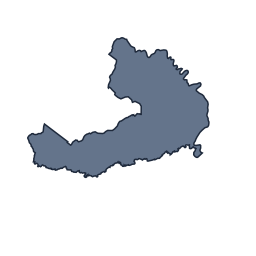 outline of Costa Marques, Rondônia, Brazil, rotated 217°
{"feature_id": "56859067B33157689902000", "entity_name": "Costa Marques", "entity_type": "district", "adm_level": 2, "iso_a3": "BRA", "parent_name": "Brazil", "parent_adm1": "Rondônia", "projection": "equal_earth", "projection_center": [-64.068, -12.086], "detail": "fine", "context": "isolated", "style": "filled", "palette": "slate", "viewbox_px": 256, "rotation_deg": 217, "n_neighbors": 0, "source": "geoboundaries", "source_scale": "gbopen_adm2", "svg_char_len": 5858}
<svg xmlns="http://www.w3.org/2000/svg" viewBox="0 0 256 256"><g transform="rotate(217 128 128)"><path d="M183.2,44.0L182.0,44.9L181.7,44.3L181.6,43.5L181.0,43.2L180.5,43.3L179.8,44.7L179.4,45.0L178.0,44.8L177.5,44.4L177.0,43.0L176.5,43.0L176.1,44.2L174.6,44.4L174.3,45.0L174.3,46.2L174.1,47.0L173.5,47.2L172.5,47.1L171.4,47.9L170.7,47.7L170.2,47.8L170.0,47.3L169.6,47.1L168.0,47.9L167.4,47.8L166.1,48.4L165.6,49.2L165.0,49.5L164.6,48.9L164.0,49.1L163.7,49.5L163.1,49.5L161.6,51.3L160.8,50.6L160.4,50.8L159.3,52.2L159.1,53.1L158.2,54.0L157.6,55.3L157.2,55.8L156.6,55.9L156.2,56.3L156.0,57.6L154.8,59.7L154.2,59.7L153.2,58.8L152.8,58.9L151.5,58.0L149.2,59.5L148.7,60.1L148.2,60.2L146.9,59.4L145.5,60.1L145.0,60.0L142.7,61.4L142.4,63.1L141.3,64.6L140.8,64.1L140.7,63.6L140.3,63.4L139.1,63.5L138.4,64.5L137.3,64.5L135.9,66.0L134.9,66.4L134.8,65.9L134.3,65.9L134.2,63.3L133.5,62.9L133.0,62.8L131.9,63.2L131.6,64.1L132.1,64.5L132.4,64.3L132.5,65.0L132.0,66.5L131.7,66.0L131.1,65.7L130.6,66.4L130.6,67.0L129.7,67.1L128.6,67.8L127.8,67.6L126.9,67.8L126.4,68.9L125.0,70.4L123.8,70.1L123.2,70.3L123.0,71.0L123.9,71.9L123.5,73.2L122.2,74.8L122.2,75.7L122.5,76.1L121.0,78.8L120.5,79.4L120.0,78.9L119.6,79.7L119.7,80.5L120.5,81.5L120.4,82.8L119.7,85.2L118.7,85.7L119.2,86.5L119.1,87.3L117.5,88.8L117.3,89.6L117.8,89.7L117.2,91.1L117.2,91.9L116.3,93.1L115.8,93.3L115.6,93.9L115.6,94.8L115.2,94.5L114.9,95.0L114.4,94.7L114.4,95.6L113.9,95.7L113.6,95.1L113.1,95.8L112.8,95.6L112.8,94.8L112.3,94.7L111.9,94.8L111.4,94.3L110.6,94.6L109.3,94.2L108.8,94.4L108.4,95.0L108.9,96.1L108.2,95.9L107.6,96.8L107.2,96.1L105.6,98.9L105.1,98.6L104.2,99.2L103.3,100.6L103.1,101.3L101.2,103.1L101.1,103.8L102.0,104.8L103.1,104.9L103.4,105.5L103.3,106.1L103.7,106.6L103.4,107.3L102.3,108.1L101.7,108.1L101.1,109.1L101.0,110.0L100.6,110.3L97.9,111.2L97.3,111.0L96.5,113.3L95.8,113.2L95.3,113.6L95.2,114.4L94.4,114.7L92.7,113.3L92.1,113.6L89.4,116.8L88.1,118.9L87.8,118.6L87.3,119.0L86.0,121.7L84.8,122.5L84.5,122.9L84.6,123.6L84.0,126.6L84.5,126.8L84.2,127.3L84.2,128.7L83.7,129.5L83.8,131.0L83.2,132.8L82.7,132.8L82.8,132.0L81.9,131.9L81.2,131.8L81.0,132.7L79.3,132.4L78.3,133.1L78.0,132.3L77.8,132.8L77.6,134.7L77.9,135.7L77.1,137.4L76.7,136.7L76.2,137.1L75.3,138.4L74.4,138.9L74.2,140.3L74.5,140.8L75.6,141.3L75.4,142.0L75.0,141.7L74.4,142.7L74.2,145.0L73.3,146.6L72.9,146.8L70.7,146.6L70.3,147.2L70.4,147.9L71.1,147.8L71.5,148.4L71.6,149.0L71.3,149.6L69.5,150.6L68.8,151.5L67.9,150.1L67.4,149.9L67.0,149.2L66.6,148.8L66.0,148.9L65.4,149.3L65.0,150.0L64.6,152.1L64.2,152.3L63.2,151.9L61.8,152.6L61.3,152.5L61.3,151.7L60.7,150.2L60.7,148.1L59.5,146.3L58.8,145.9L57.3,145.6L55.9,145.7L55.1,146.1L54.7,146.7L54.4,148.2L53.6,152.8L55.5,152.5L57.2,153.5L57.9,155.7L59.4,157.7L60.4,157.9L63.2,155.0L64.7,154.2L65.2,154.2L66.0,155.1L66.4,156.3L66.5,158.2L67.0,159.6L67.5,162.4L67.9,167.7L67.5,170.9L66.8,174.4L65.1,176.8L65.1,177.9L65.3,178.8L66.4,180.7L67.1,181.6L67.7,181.8L69.2,183.0L69.8,183.9L72.4,185.3L73.3,186.8L74.3,189.6L75.3,190.9L76.5,191.9L78.3,195.2L80.1,196.8L85.3,198.3L86.8,199.1L88.9,199.3L92.1,198.7L95.8,198.9L96.4,199.4L96.6,200.8L95.4,205.2L96.1,206.9L97.3,207.5L98.3,206.9L99.4,204.8L101.7,202.7L102.9,201.2L104.4,198.6L105.0,198.4L106.9,199.8L108.1,199.8L109.9,201.8L110.9,201.4L111.6,200.6L112.1,200.4L113.2,200.5L113.5,201.2L113.5,205.2L113.1,207.0L113.2,208.3L113.5,208.9L114.3,209.6L115.0,209.7L115.6,209.5L116.3,208.7L117.0,207.3L117.3,203.7L117.8,202.9L118.7,202.5L119.3,202.6L120.3,204.1L120.4,204.9L120.1,207.1L120.3,207.9L121.5,207.6L122.1,206.7L123.2,205.6L123.7,204.3L124.7,203.9L125.1,204.1L125.1,206.1L125.5,206.7L126.0,207.1L126.9,207.2L128.6,205.3L129.2,205.2L130.6,206.5L131.6,209.0L132.2,209.8L132.7,210.0L133.2,209.9L134.7,208.5L135.1,208.6L136.3,210.3L136.9,210.2L137.3,209.4L137.6,207.8L138.4,207.6L140.1,209.2L141.1,210.8L142.5,212.2L143.3,212.8L144.5,213.0L146.4,211.9L149.0,209.1L150.7,209.0L151.9,208.0L152.2,207.0L152.2,206.1L151.8,204.8L151.8,203.5L153.2,201.0L153.4,200.2L153.2,198.4L153.5,197.1L154.1,196.7L154.7,196.6L155.9,197.0L158.7,199.2L160.4,199.9L161.4,199.9L162.2,199.2L163.5,196.9L164.5,197.3L165.7,196.8L166.5,195.8L167.3,193.7L167.9,193.2L168.4,193.5L169.6,194.9L171.2,195.9L174.3,195.2L175.5,195.3L181.4,197.3L182.4,198.0L183.6,197.3L185.6,197.1L187.1,196.5L187.8,195.5L188.4,194.0L190.4,192.6L191.0,188.6L189.6,184.0L189.4,183.4L188.1,182.3L187.9,180.6L187.2,179.7L187.1,178.6L187.6,176.5L187.6,175.4L178.2,175.4L177.1,174.0L176.3,172.2L176.0,170.2L174.7,169.0L174.1,167.3L173.7,163.5L173.2,161.5L173.7,159.3L173.5,158.0L173.2,157.4L171.8,156.7L170.6,155.3L169.6,150.9L168.1,148.3L167.6,148.1L167.6,149.3L166.2,149.5L163.6,148.9L159.3,148.4L158.8,146.8L157.9,146.5L154.5,146.4L151.2,147.0L148.8,151.1L146.6,153.1L142.1,152.7L139.9,151.2L138.4,153.5L133.4,154.5L130.5,153.3L125.7,146.8L126.6,146.2L127.0,146.4L128.8,145.1L129.3,145.0L129.5,143.4L129.5,142.2L129.7,141.6L131.0,141.8L131.4,141.3L131.6,141.8L131.9,141.4L132.4,141.2L132.8,140.6L133.5,138.7L134.1,137.8L134.5,136.2L135.3,135.5L135.6,134.8L135.9,134.4L137.6,129.5L138.4,128.7L138.6,127.4L138.4,125.5L137.7,123.2L138.2,119.0L139.0,116.6L142.8,113.8L143.8,111.4L143.9,109.9L144.8,108.4L149.0,105.6L151.9,105.2L153.6,103.3L154.4,100.9L155.7,100.7L156.6,98.9L157.1,98.5L157.8,96.5L157.9,95.7L157.9,94.5L157.1,91.4L157.4,89.8L159.1,87.3L159.7,87.2L161.3,87.6L161.7,87.2L162.5,87.0L163.6,83.5L163.2,80.7L163.5,79.8L167.8,79.8L167.8,80.8L197.1,80.9L196.3,78.6L193.7,74.3L193.5,73.5L194.2,72.0L194.2,71.1L196.3,69.5L196.6,68.4L197.9,67.1L199.4,66.3L200.4,66.4L201.4,65.5L201.7,63.9L202.2,63.2L202.4,62.2L202.3,60.2L202.0,59.6L199.7,58.3L197.9,56.9L196.0,56.6L195.0,56.0L194.4,55.2L193.8,55.3L191.7,54.3L191.1,54.2L189.2,52.4L187.1,52.4L186.7,50.8L186.2,50.2L186.2,49.5L185.5,48.7L184.6,46.5L184.0,46.0L183.2,44.0Z" fill="#64748b" stroke="#1e293b" stroke-width="1.5"/></g></svg>